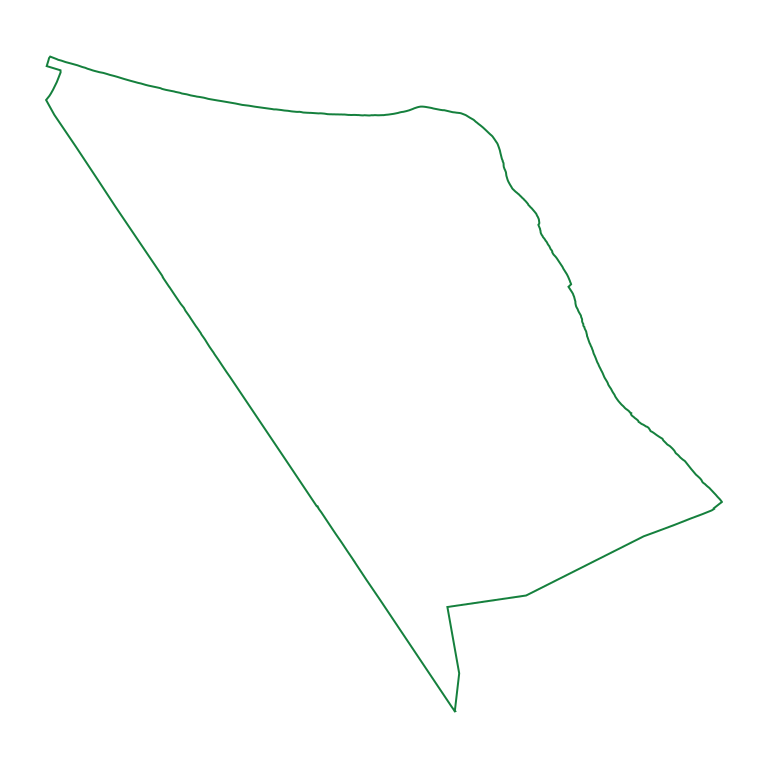 Lapmežciema pag., Engures, Latvia (Mercator projection)
{"feature_id": "27541924B41002773283615", "entity_name": "Lapmežciema pag.", "entity_type": "district", "adm_level": 2, "iso_a3": "LVA", "parent_name": "Latvia", "parent_adm1": "Engures", "projection": "mercator", "projection_center": [23.484, 56.997], "detail": "fine", "context": "isolated", "style": "outline", "palette": "green", "viewbox_px": 768, "rotation_deg": 0, "n_neighbors": 0, "source": "geoboundaries", "source_scale": "gbopen_adm2", "svg_char_len": 6029}
<svg xmlns="http://www.w3.org/2000/svg" viewBox="0 0 768 768"><path d="M54.3,114.8L76.3,147.3L98.8,181.3L115.4,206.6L162.0,275.5L163.0,277.4L162.9,277.5L169.2,286.9L169.3,286.9L174.3,294.4L180.8,304.0L183.9,307.8L185.4,310.7L189.3,316.2L190.9,318.7L196.3,326.8L196.6,327.1L197.1,327.8L200.9,333.3L201.3,334.3L203.8,337.8L205.1,339.7L207.3,343.3L209.5,346.8L212.2,350.7L213.5,352.5L214.5,354.2L218.8,360.4L221.7,364.8L226.6,372.1L230.1,377.1L287.2,462.1L316.7,506.2L317.5,506.2L318.1,507.4L317.9,507.4L319.0,509.2L321.3,512.3L322.5,514.1L332.8,529.6L336.1,534.5L341.5,542.3L347.4,551.2L354.0,560.9L353.9,560.9L366.6,580.1L380.3,600.2L400.5,630.4L451.8,707.0L453.4,709.2L454.8,711.4L455.3,711.2L454.9,710.5L459.2,673.4L447.4,607.0L526.1,595.5L643.7,536.3L654.4,532.4L675.0,524.7L690.2,518.7L702.5,514.1L711.7,510.4L714.1,508.9L713.8,508.3L719.5,503.8L721.9,502.0L721.9,501.9L720.0,499.4L717.5,496.8L715.8,494.8L713.8,492.7L710.6,489.3L710.0,488.6L709.2,487.8L707.3,486.3L706.0,485.1L705.0,484.1L703.3,482.9L702.5,482.1L702.2,481.6L701.6,480.3L700.7,479.1L699.8,478.1L697.3,475.8L696.0,474.7L691.1,468.9L688.1,465.1L686.6,463.2L685.9,462.3L685.0,461.2L684.4,460.7L682.8,459.6L680.2,457.4L679.0,456.0L677.9,454.9L675.8,453.2L674.9,451.7L674.3,450.6L674.0,450.3L672.5,448.6L670.2,446.4L669.4,445.8L667.6,444.7L666.9,444.1L666.1,443.2L663.5,440.6L663.2,440.2L662.9,439.7L662.7,439.1L662.2,438.6L659.7,437.1L656.7,435.1L654.0,433.1L653.1,432.5L652.0,431.8L650.7,431.2L650.3,430.6L649.9,429.8L648.6,427.9L648.0,427.4L646.9,426.7L646.1,426.5L644.3,425.3L642.7,424.4L642.1,424.2L641.2,423.7L639.7,422.5L638.6,421.9L638.1,420.6L636.2,419.0L634.9,418.1L633.5,416.8L632.6,416.2L631.7,415.4L631.5,415.2L631.1,414.2L630.7,413.6L630.7,413.4L630.7,413.2L631.0,413.0L630.7,412.8L629.8,412.2L628.8,411.0L627.4,409.9L625.8,408.8L624.9,408.0L623.4,406.3L621.5,404.6L618.6,401.3L616.7,398.7L615.3,396.6L614.4,394.6L613.5,393.3L612.6,391.9L611.8,390.4L611.1,389.0L609.4,386.5L608.3,384.7L607.9,383.5L607.5,382.5L606.4,380.6L605.4,379.0L604.5,377.5L603.3,374.7L602.7,373.2L601.8,371.4L601.0,370.0L600.5,368.8L599.9,367.7L598.9,365.7L598.3,364.1L597.4,362.5L596.9,361.3L595.7,358.1L594.7,355.7L593.7,353.6L593.2,351.9L592.9,350.7L592.4,349.6L592.0,348.5L591.6,347.3L591.0,346.3L590.1,344.0L589.7,343.4L589.0,341.5L587.5,337.1L587.1,336.2L587.0,335.6L587.0,335.1L586.4,332.7L586.3,332.0L586.1,331.4L585.9,330.9L584.9,329.0L584.5,327.9L584.4,327.4L584.4,327.1L584.2,326.8L583.8,326.5L583.5,326.0L583.3,325.3L583.3,324.9L583.3,324.0L583.2,323.8L582.6,322.8L582.2,321.7L582.1,321.2L582.1,320.4L582.1,319.9L582.1,319.5L582.0,319.0L581.8,318.5L581.2,317.2L581.1,316.6L580.9,315.6L580.7,315.2L579.4,313.0L578.5,311.4L577.9,309.9L577.6,309.1L576.6,307.4L576.1,306.3L575.9,305.5L575.7,304.6L575.5,303.7L575.4,302.7L575.4,301.6L574.8,299.5L574.0,296.4L573.5,295.5L573.1,294.1L572.2,292.5L568.5,286.8L571.1,284.3L570.8,283.3L570.2,282.0L570.0,281.2L569.5,280.0L568.1,276.7L566.9,274.3L563.3,268.6L562.5,266.9L559.1,261.8L557.2,258.9L556.3,257.6L555.3,256.4L553.5,254.5L552.5,252.8L552.2,252.2L552.3,251.6L551.8,250.5L550.7,249.2L549.2,246.0L548.5,245.2L547.5,243.6L547.3,243.1L546.9,242.3L546.2,241.3L545.6,240.7L545.0,239.6L544.3,238.6L543.1,237.2L542.7,236.5L542.5,235.9L542.1,235.4L541.7,234.9L541.4,234.3L540.8,233.0L540.6,232.1L540.5,230.8L540.1,229.6L540.1,229.0L539.8,228.3L539.0,226.4L538.4,224.9L538.4,224.7L538.8,224.2L539.2,223.7L539.3,222.7L539.0,220.4L538.8,219.2L538.4,218.2L537.9,217.1L537.8,216.8L537.6,216.5L537.3,216.1L536.4,214.2L536.2,213.7L533.9,210.9L532.2,208.9L531.9,208.5L530.3,207.0L529.3,205.8L528.6,205.2L528.3,204.8L528.0,204.0L526.6,202.3L525.2,200.7L524.3,199.9L523.7,199.1L522.1,197.7L521.2,196.7L520.0,195.6L519.6,195.2L518.7,194.2L517.8,193.6L517.0,192.8L516.3,192.3L515.7,191.8L514.7,190.9L513.4,189.6L512.8,189.1L512.4,188.6L512.0,188.0L511.4,186.9L510.1,184.8L508.6,182.1L507.9,180.6L507.5,179.5L506.4,175.8L506.3,175.2L506.2,174.4L506.1,173.5L506.0,172.7L505.8,171.9L505.5,171.2L505.1,170.1L504.6,169.2L504.1,167.8L503.8,167.0L503.7,166.1L503.6,165.3L503.6,164.2L503.5,163.2L503.4,162.8L502.8,161.5L502.7,161.3L502.7,160.6L502.1,159.4L501.8,158.5L500.4,152.9L499.9,150.5L499.1,148.1L498.6,146.7L497.8,144.5L497.2,143.2L496.6,142.4L494.4,139.1L492.5,136.4L491.6,135.5L490.4,134.5L488.8,133.0L486.1,130.4L483.0,127.5L480.7,125.6L478.2,123.7L477.3,122.9L475.7,121.7L474.0,120.1L473.3,119.6L469.9,117.7L466.4,115.5L465.5,115.0L464.2,114.5L462.4,113.8L461.1,113.3L459.7,113.0L456.7,112.7L454.7,112.4L452.7,112.2L450.2,111.6L444.2,110.2L442.7,110.2L440.1,109.8L433.4,108.5L431.6,108.0L430.1,107.7L425.4,106.9L423.8,106.7L422.4,106.6L420.7,106.6L419.4,106.8L418.5,107.0L417.3,107.3L414.3,108.3L412.7,109.0L409.2,110.3L406.4,111.1L403.4,111.8L401.7,112.0L399.9,112.4L397.8,113.0L393.8,113.8L388.3,114.6L386.0,114.8L383.9,115.1L380.4,115.2L378.5,115.3L376.4,115.2L374.7,115.1L373.9,115.2L372.9,115.3L371.9,115.2L369.4,115.5L365.8,115.3L364.7,115.2L363.0,115.4L360.9,115.3L359.1,115.1L356.2,115.0L354.7,114.9L351.4,115.0L348.1,114.9L344.3,114.5L342.1,114.5L331.8,114.3L327.9,114.2L324.2,113.6L320.5,113.3L318.5,113.4L311.2,112.9L308.0,112.8L303.1,112.5L301.4,112.1L299.5,111.8L297.1,111.9L291.8,111.4L287.9,110.8L284.3,110.5L281.1,110.0L276.0,109.4L273.9,109.4L271.7,109.0L265.8,108.2L254.9,106.7L249.0,105.7L242.2,104.9L235.5,103.5L220.9,101.0L217.7,100.5L210.1,99.2L208.0,98.8L206.2,98.3L203.8,97.7L199.2,96.9L196.8,96.6L195.6,96.3L190.7,95.4L188.2,94.7L186.6,94.3L181.9,93.5L180.0,92.8L175.5,91.9L174.2,91.5L166.0,89.9L162.8,89.1L161.8,88.8L161.0,88.4L160.2,88.1L157.0,87.4L148.5,85.6L145.7,84.9L141.0,83.5L137.8,82.8L135.0,82.0L133.1,81.5L129.8,80.6L124.2,79.0L117.1,76.8L113.9,75.9L109.9,74.9L107.4,74.1L103.3,72.9L99.5,72.2L94.5,70.9L92.7,70.4L90.4,69.6L87.4,68.7L85.3,67.8L82.3,67.0L77.5,65.3L71.0,63.5L65.7,62.1L61.3,60.6L58.2,59.8L56.7,59.1L50.2,56.6L49.0,58.2L48.6,59.9L46.7,66.1L60.5,70.3L60.6,72.4L58.5,77.8L56.8,82.1L53.0,89.8L50.8,93.7L49.4,95.9L46.1,100.0L54.3,114.8Z" fill="none" stroke="#15803d" stroke-width="2"/></svg>